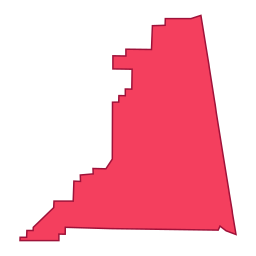 Cleburne, Alabama, United States of America
{"feature_id": "52423323B31234184486740", "entity_name": "Cleburne", "entity_type": "district", "adm_level": 2, "iso_a3": "USA", "parent_name": "United States of America", "parent_adm1": "Alabama", "projection": "natural_earth1", "projection_center": [-85.575, 33.717], "detail": "fine", "context": "isolated", "style": "filled", "palette": "rose", "viewbox_px": 256, "rotation_deg": 0, "n_neighbors": 0, "source": "geoboundaries", "source_scale": "gbopen_adm2", "svg_char_len": 755}
<svg xmlns="http://www.w3.org/2000/svg" viewBox="0 0 256 256"><path d="M205.5,43.8L200.9,15.4L191.0,18.6L165.3,18.6L165.1,25.3L152.4,25.7L151.5,49.5L125.9,49.2L125.9,56.0L112.9,55.8L112.9,68.9L132.1,69.2L131.8,89.1L125.3,89.0L125.3,95.7L118.9,95.6L118.7,102.1L112.5,102.2L112.3,159.1L105.9,168.8L93.0,168.5L93.2,173.9L80.3,175.0L80.5,181.4L73.9,181.1L73.2,201.1L54.0,201.1L53.7,207.6L33.3,227.3L33.1,230.5L26.9,230.5L26.6,237.3L20.1,237.3L20.0,240.6L58.9,240.6L58.9,234.1L65.2,234.2L65.3,227.3L110.5,228.6L218.2,230.1L220.0,226.1L226.1,230.8L236.0,234.5L232.4,213.1L232.4,212.9L232.1,210.3L229.2,192.9L228.8,190.1L223.4,157.0L216.3,112.8L215.2,104.7L214.7,101.9L209.2,67.0L208.9,64.6L205.5,43.8Z" fill="#f43f5e" stroke="#9f1239" stroke-width="1.5"/></svg>